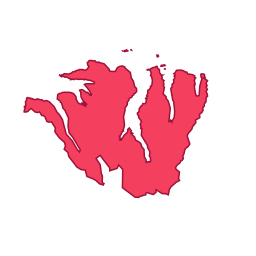 Fjarðabyggð, Austurland, Iceland, rotated 249°
{"feature_id": "244011B48850905136863", "entity_name": "Fjarðabyggð", "entity_type": "district", "adm_level": 2, "iso_a3": "ISL", "parent_name": "Iceland", "parent_adm1": "Austurland", "projection": "mercator", "projection_center": [-13.826, 65.041], "detail": "fine", "context": "isolated", "style": "filled", "palette": "rose", "viewbox_px": 256, "rotation_deg": 249, "n_neighbors": 0, "source": "geoboundaries", "source_scale": "gbopen_adm2", "svg_char_len": 5950}
<svg xmlns="http://www.w3.org/2000/svg" viewBox="0 0 256 256"><g transform="rotate(249 128 128)"><path d="M97.5,72.3L93.0,77.2L90.6,79.2L86.1,81.4L83.6,84.5L84.8,85.7L86.2,84.4L92.4,86.9L95.1,86.8L103.7,88.9L111.0,87.3L112.5,92.1L97.4,96.6L94.6,95.6L94.2,103.3L96.8,106.1L91.1,108.2L74.3,101.4L60.9,109.8L59.4,113.0L59.9,115.3L59.5,117.1L59.7,118.6L59.2,120.6L60.7,121.3L61.0,122.4L56.8,127.8L57.9,131.1L60.3,132.1L54.5,136.4L53.0,139.9L51.2,141.7L55.8,144.6L57.6,146.9L60.1,153.5L60.5,157.3L62.7,157.1L68.4,160.3L72.5,158.0L74.0,158.2L75.8,160.7L76.7,163.8L78.4,165.5L78.3,166.7L79.6,168.7L82.3,169.2L83.9,171.0L87.3,173.3L88.4,174.7L89.0,177.3L91.0,180.0L99.4,180.4L101.3,182.1L103.9,187.0L106.7,189.3L107.2,190.8L108.8,193.3L111.2,193.8L112.0,198.8L115.3,199.7L115.7,201.9L116.6,203.3L117.9,204.6L120.1,204.9L121.1,207.1L123.0,207.7L124.6,210.3L128.3,211.7L129.1,213.6L131.4,214.2L134.1,213.9L135.5,215.9L138.5,215.7L139.2,217.1L141.0,216.7L142.4,217.5L143.7,219.2L147.1,217.0L147.2,217.6L147.7,217.1L148.1,218.1L149.4,217.9L150.1,218.6L151.2,218.1L152.1,216.3L152.1,215.3L149.3,214.4L148.0,215.0L141.5,210.1L132.9,206.0L132.8,205.1L133.5,203.3L136.3,203.4L143.0,204.8L144.8,205.6L144.7,206.0L145.0,206.0L144.6,206.1L145.3,206.6L148.6,206.8L148.9,207.6L150.0,207.8L150.5,209.1L151.8,208.2L152.7,209.0L154.8,207.2L157.1,203.1L159.2,202.9L159.5,201.9L161.4,200.4L163.1,198.3L164.5,193.9L162.8,192.0L162.3,190.2L161.4,190.9L159.9,190.5L159.9,189.7L158.7,189.9L157.4,189.0L156.7,187.7L154.5,187.3L153.4,186.3L153.2,185.0L150.2,183.6L150.1,182.9L149.1,181.9L137.7,179.7L136.7,180.2L126.6,177.5L121.5,175.0L118.8,172.0L119.1,171.6L117.9,171.1L119.8,170.5L119.0,170.0L119.6,169.5L119.1,168.5L119.3,168.4L131.4,174.6L138.8,175.2L141.9,174.2L143.7,174.8L147.2,173.0L152.9,176.6L155.0,176.2L155.9,177.2L158.9,177.7L159.2,178.6L161.7,177.2L163.0,178.1L164.9,178.0L165.0,179.2L165.5,178.1L168.4,177.3L171.3,178.3L172.7,177.2L175.1,177.2L175.5,176.3L175.0,175.3L175.5,172.8L175.0,169.4L174.6,169.0L175.4,168.4L175.5,167.7L175.3,167.0L175.9,166.2L175.1,166.8L174.7,168.5L174.0,169.3L170.8,169.4L168.9,167.8L167.8,168.4L163.9,167.9L160.1,166.0L159.3,165.3L158.9,163.9L158.2,164.0L156.4,161.9L156.1,160.0L152.9,158.6L151.3,157.0L150.7,157.5L149.2,155.1L148.4,156.0L147.6,154.9L145.4,154.2L144.7,152.3L145.5,150.7L144.1,149.3L143.6,147.4L142.7,147.0L142.3,145.6L139.2,144.0L138.6,142.1L137.0,141.7L135.5,142.4L134.1,141.7L129.5,142.9L126.7,140.6L125.3,140.8L122.9,139.7L122.2,140.6L116.4,137.8L104.8,139.9L102.6,139.3L97.8,139.9L94.2,137.9L92.0,138.3L88.5,137.0L88.8,135.5L89.2,135.4L89.4,133.5L89.9,133.4L89.3,133.4L89.4,132.6L88.7,132.3L91.7,133.5L95.0,132.9L102.4,135.3L105.7,134.1L108.9,134.4L111.4,133.1L113.8,130.8L117.3,130.9L121.1,129.1L121.7,129.5L121.5,130.3L122.3,129.9L121.9,129.4L122.2,128.8L124.4,130.1L127.6,129.2L126.7,127.1L126.0,127.2L124.2,125.8L122.6,121.8L119.6,117.9L119.8,117.1L119.2,117.0L119.7,116.0L120.2,116.3L119.9,117.0L120.8,116.2L120.5,116.8L121.0,117.4L121.9,116.6L122.9,117.0L122.6,117.1L127.1,121.9L126.8,122.7L127.6,122.7L131.9,125.8L140.2,127.9L145.8,131.8L147.5,132.1L150.0,135.7L152.4,136.7L153.6,138.8L154.9,139.4L155.4,141.1L155.2,142.3L156.6,143.7L156.9,145.2L157.6,145.6L158.0,147.6L159.2,149.3L162.0,150.1L164.0,149.1L170.1,149.8L173.6,149.0L179.0,150.1L184.9,146.8L186.2,146.9L188.0,144.9L188.5,142.2L188.1,139.5L185.3,136.5L187.1,132.1L188.3,131.1L189.7,131.5L196.5,128.7L199.4,124.6L200.1,124.4L200.0,123.4L200.9,121.9L202.7,121.2L203.2,119.2L203.7,118.9L204.8,116.4L204.6,115.3L203.7,114.3L203.7,113.5L201.3,112.9L199.6,113.6L198.0,111.7L197.2,109.6L197.4,108.4L198.5,107.2L200.1,103.5L199.6,102.8L200.1,101.5L200.2,100.0L199.7,99.3L200.2,96.6L199.5,94.6L199.7,93.1L199.5,92.1L201.6,87.9L201.1,86.7L201.4,85.5L201.0,84.4L202.0,83.2L201.7,83.0L199.6,84.3L199.6,86.0L197.9,87.4L198.1,88.2L197.2,89.6L195.7,90.4L194.4,92.0L193.7,91.7L193.3,94.1L192.5,94.9L192.8,96.3L191.0,99.5L190.2,102.3L188.9,104.2L189.0,104.8L188.6,104.8L188.5,106.4L187.6,106.9L186.1,109.7L182.8,113.1L181.5,112.2L184.4,104.4L184.3,102.9L177.0,105.3L173.3,105.7L172.7,104.5L172.7,105.9L171.7,105.4L172.4,104.2L175.8,103.2L175.8,102.1L179.6,99.7L180.6,98.3L180.6,96.3L178.1,96.6L173.7,95.3L169.4,95.9L168.5,95.5L167.9,95.8L168.6,96.0L168.4,96.5L165.7,97.7L166.0,97.2L165.4,97.6L164.8,97.5L165.5,97.3L165.5,96.7L165.1,97.2L165.0,96.5L164.5,96.6L167.8,95.7L167.0,94.6L163.7,96.5L163.6,95.7L165.6,94.5L166.3,95.0L167.2,94.4L167.3,94.3L167.1,93.6L167.2,94.4L166.4,94.7L166.7,94.4L166.4,93.4L167.7,93.3L167.3,92.7L167.5,91.9L169.5,90.4L173.0,90.0L176.1,90.6L179.8,89.4L182.1,86.6L184.2,81.4L184.7,79.7L184.5,78.4L184.8,76.5L184.4,74.4L180.4,72.3L177.5,74.3L176.5,74.1L175.2,74.9L169.5,74.4L167.6,75.4L158.5,76.0L151.0,72.6L144.4,71.3L139.3,73.1L124.7,75.6L123.0,74.2L125.9,72.9L136.1,71.3L144.4,68.1L159.5,69.8L165.3,68.7L168.1,67.4L174.4,66.7L180.5,64.0L182.6,62.1L183.0,61.3L182.9,59.5L185.3,57.6L185.7,56.3L187.5,54.3L187.3,53.8L187.8,52.7L187.7,51.5L188.5,49.9L189.4,49.6L190.2,48.5L190.2,47.6L190.7,47.6L192.5,45.0L192.2,44.0L190.5,43.4L189.3,41.7L185.3,40.5L185.1,39.5L185.3,39.1L184.8,38.7L183.6,39.4L182.3,37.9L180.3,36.8L179.6,37.9L179.3,40.5L180.0,41.5L180.9,44.6L176.2,47.0L174.9,49.0L174.7,51.2L170.6,51.9L169.9,53.5L168.6,54.4L163.2,54.6L161.9,56.0L161.2,58.7L154.1,60.2L151.0,58.5L149.7,58.6L143.4,60.4L137.2,63.6L133.5,63.1L131.0,60.8L126.9,63.1L122.6,62.5L109.7,66.4L105.9,69.4L104.0,73.0L97.5,72.3ZM174.6,181.4L173.8,180.9L173.5,182.2L173.1,184.4L173.5,184.3L173.4,185.0L173.8,184.8L174.6,181.4ZM201.5,152.6L201.2,152.4L201.3,151.7L200.4,152.5L200.6,153.3L200.3,154.1L201.5,154.6L201.3,153.0L201.5,152.6ZM185.7,181.1L184.0,180.8L183.7,181.1L184.1,182.3L185.1,182.3L185.7,181.1ZM169.7,184.5L170.3,182.7L169.7,183.6L169.7,184.5ZM199.5,159.1L200.0,159.0L200.2,158.2L199.5,159.1ZM201.0,151.0L201.5,151.0L201.6,150.8L201.0,151.0ZM200.4,156.0L200.2,155.2L199.9,155.4L200.4,156.0Z" fill="#f43f5e" stroke="#9f1239" stroke-width="1.5"/></g></svg>